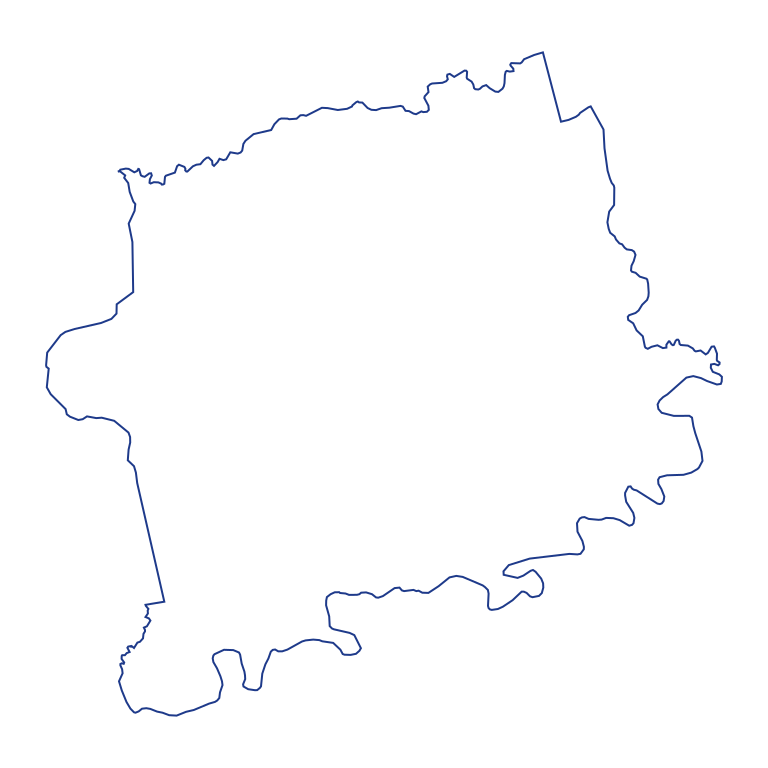 Pisaflores, Hidalgo, Mexico (orthographic projection)
{"feature_id": "50627088B64688657513585", "entity_name": "Pisaflores", "entity_type": "district", "adm_level": 2, "iso_a3": "MEX", "parent_name": "Mexico", "parent_adm1": "Hidalgo", "projection": "orthographic", "projection_center": [-98.985, 21.231], "detail": "fine", "context": "isolated", "style": "outline", "palette": "blue", "viewbox_px": 768, "rotation_deg": 0, "n_neighbors": 0, "source": "geoboundaries", "source_scale": "gbopen_adm2", "svg_char_len": 6065}
<svg xmlns="http://www.w3.org/2000/svg" viewBox="0 0 768 768"><path d="M702.5,460.9L701.4,451.6L695.3,433.3L693.4,426.2L692.0,417.6L689.3,415.8L673.9,415.9L661.7,412.8L658.4,409.0L657.6,404.4L659.6,400.5L663.1,397.1L667.4,394.4L686.4,377.6L693.3,376.1L701.0,378.1L707.0,381.0L716.9,384.5L720.8,383.9L721.7,381.5L721.9,376.8L719.3,374.4L712.8,371.8L710.8,367.8L711.0,364.5L714.3,363.9L718.1,365.3L719.5,364.1L719.6,362.5L717.2,360.9L716.8,360.0L717.0,353.7L714.8,347.7L714.0,346.4L711.6,346.7L707.9,352.9L705.7,354.4L700.6,350.5L695.8,351.4L694.6,350.8L692.8,348.4L687.9,345.6L680.8,345.0L679.6,344.0L679.0,340.9L678.1,339.7L676.9,339.7L675.7,340.7L673.8,344.9L672.9,345.2L671.6,344.4L669.5,341.3L668.8,341.3L666.4,344.7L666.4,347.6L662.9,348.1L657.4,345.3L651.5,346.8L647.8,348.8L645.6,347.8L644.9,346.7L642.8,336.3L636.6,330.4L633.2,323.3L628.2,319.9L627.8,316.8L629.1,315.2L635.5,313.0L638.6,310.5L642.2,304.7L647.1,299.9L648.4,296.3L648.7,292.7L648.1,283.6L647.2,279.5L646.4,278.7L639.7,276.6L635.6,272.8L631.9,271.7L631.0,270.4L631.5,265.7L633.7,261.2L635.5,254.9L634.1,251.6L631.8,250.1L626.8,249.4L624.6,247.7L622.1,244.3L619.4,243.4L616.0,239.5L614.7,236.4L610.2,232.8L608.7,228.8L607.4,222.3L609.2,211.6L614.1,205.0L614.3,187.7L613.8,185.5L611.7,182.9L610.0,178.7L607.6,170.7L604.5,148.3L603.5,129.5L590.7,106.4L588.4,107.3L580.1,112.9L578.8,114.7L575.9,116.8L568.6,119.9L561.0,121.7L542.9,52.4L534.1,55.0L524.1,59.2L521.7,62.4L520.2,63.4L511.3,63.1L510.3,64.5L510.5,65.5L513.3,68.7L513.5,71.1L509.8,71.6L506.8,70.9L505.7,71.7L504.9,74.9L504.5,83.1L503.8,86.4L502.5,88.7L498.4,91.9L495.3,91.6L489.7,88.2L486.2,85.1L482.5,86.4L479.9,88.8L478.3,89.5L475.3,89.2L474.1,88.2L473.3,84.5L471.6,81.6L467.1,78.7L466.7,77.6L467.1,71.8L466.2,70.7L464.5,70.6L454.2,76.9L449.8,73.9L447.4,74.6L447.0,76.2L447.8,79.3L446.2,81.2L442.4,82.8L432.1,83.5L430.2,84.3L427.7,86.6L428.5,92.1L424.7,96.3L424.3,98.0L428.4,105.7L428.8,109.9L426.9,111.8L423.2,112.1L421.4,111.4L416.1,114.2L413.5,113.6L409.0,111.1L405.5,110.8L402.8,106.6L400.5,105.9L389.3,107.7L381.6,108.2L376.1,110.1L371.4,109.8L367.6,108.0L362.4,102.6L359.0,102.4L357.8,101.5L356.3,102.1L352.4,105.4L352.0,106.5L347.1,108.8L337.8,110.0L327.7,108.1L321.9,107.8L306.1,115.8L303.3,115.1L300.4,115.3L296.6,118.7L289.2,119.2L287.4,118.6L281.3,118.5L279.0,119.4L274.4,124.2L271.2,130.0L253.6,134.1L245.5,140.7L243.4,143.9L242.2,150.6L240.6,152.5L237.8,153.6L230.3,152.3L226.2,159.3L223.4,160.1L219.5,158.8L217.6,162.1L214.0,165.9L212.5,164.6L212.1,160.9L208.5,157.5L206.6,157.8L203.7,160.2L200.4,164.2L196.4,164.7L192.9,166.3L187.4,171.5L186.3,171.5L185.2,170.3L185.4,168.7L184.4,166.9L178.9,164.7L177.1,166.2L174.9,172.6L165.9,175.7L165.0,176.9L164.3,183.8L163.0,184.5L161.7,184.5L161.3,183.7L158.4,182.4L153.8,182.2L150.6,183.5L149.5,182.8L149.9,179.2L151.8,175.5L151.1,173.3L149.3,173.4L144.7,176.8L142.4,176.2L140.9,175.3L139.1,169.2L138.3,168.9L137.1,171.0L134.3,172.3L128.7,168.9L125.8,168.6L120.3,169.7L119.8,170.7L117.9,171.6L120.0,171.3L125.2,175.4L124.2,177.8L128.2,183.0L129.7,191.9L133.3,201.5L135.3,204.1L134.6,210.8L128.7,223.6L132.4,242.0L133.2,292.1L116.7,304.3L116.5,313.6L111.4,318.9L101.0,323.0L74.6,329.0L65.4,331.9L60.7,335.1L47.2,352.6L46.1,365.2L46.4,366.8L48.7,368.6L46.8,387.3L50.7,394.2L65.6,409.1L66.8,414.3L70.0,416.7L78.3,420.0L82.7,419.2L87.0,416.4L96.3,418.1L101.7,417.7L114.2,420.8L128.5,432.6L130.1,437.0L130.2,442.5L128.6,449.6L127.8,460.3L134.0,466.2L135.9,472.6L137.2,483.0L164.3,601.7L145.5,604.8L145.8,605.8L148.4,608.9L147.7,610.6L147.9,613.5L145.5,617.0L148.9,618.4L150.4,620.6L146.9,626.3L143.9,627.6L145.0,630.0L145.0,631.4L143.5,633.8L143.0,638.4L139.9,641.8L137.4,642.6L134.0,648.0L132.1,646.4L131.3,646.7L131.1,646.0L128.2,646.6L127.4,647.8L129.6,652.0L126.7,653.1L124.9,655.2L122.2,655.2L121.7,656.0L121.6,658.9L124.2,662.5L123.7,663.8L121.8,663.3L120.4,664.0L120.4,665.4L122.1,669.2L122.6,673.3L119.0,681.3L121.8,690.5L126.5,702.0L130.4,708.6L134.0,712.3L135.5,712.7L138.7,711.4L142.0,708.7L146.3,708.2L150.3,708.9L157.1,711.6L162.5,712.7L169.2,715.2L176.6,715.6L186.1,711.8L193.8,710.0L209.1,703.6L215.0,701.9L217.2,700.5L219.3,698.0L220.0,692.4L222.5,685.1L222.0,681.3L220.4,676.2L217.0,668.3L213.4,662.1L212.7,658.3L213.4,655.5L214.5,654.2L224.0,649.8L233.3,650.1L239.0,652.5L240.1,654.6L241.7,663.6L244.4,671.6L245.0,675.3L245.2,679.1L243.1,684.3L243.5,686.5L248.2,689.2L255.0,690.2L257.2,690.1L260.0,687.8L261.0,686.3L262.3,673.6L265.4,664.3L268.4,658.5L270.8,651.7L272.7,649.9L275.1,649.5L278.2,651.3L282.3,651.3L287.4,649.6L302.0,641.5L305.6,640.4L313.2,639.6L319.3,640.1L322.3,641.3L333.2,642.9L340.4,649.7L342.7,654.0L344.5,654.7L350.6,654.9L356.0,653.8L359.4,650.8L360.9,648.2L354.3,635.1L349.6,632.9L333.9,629.3L332.0,628.5L329.7,626.1L329.2,616.4L326.1,605.3L326.2,600.6L326.9,597.1L330.6,594.2L334.7,592.3L339.2,592.2L340.1,593.0L345.5,593.5L349.1,594.9L357.0,594.8L359.4,594.2L361.1,592.7L366.1,592.4L372.0,594.2L376.0,597.4L378.2,597.7L382.9,596.1L394.6,588.1L399.5,587.6L401.9,590.4L404.1,591.1L413.5,589.9L416.3,591.1L418.6,590.7L422.3,592.7L428.4,592.9L438.6,586.2L449.5,577.4L456.3,575.9L462.7,576.9L482.7,585.4L485.0,587.1L487.9,590.0L488.6,593.6L488.0,605.9L488.6,608.1L489.9,609.4L491.8,609.9L497.9,609.0L502.9,606.7L512.6,600.2L521.6,591.7L523.9,591.7L526.6,592.9L530.0,596.3L532.5,597.2L539.0,595.9L541.8,593.1L543.3,587.6L543.1,583.3L541.2,578.6L535.6,571.8L533.0,570.0L530.6,570.8L523.4,575.6L517.6,577.9L503.7,574.8L503.5,571.3L508.8,565.1L529.7,558.6L569.4,553.9L577.4,554.4L580.5,553.8L583.8,549.3L583.9,546.8L582.4,541.0L577.5,531.7L577.0,523.2L579.7,518.6L581.9,517.4L584.5,517.1L588.6,518.9L598.4,519.8L601.6,519.6L606.1,517.9L613.4,518.2L619.7,520.1L629.2,525.7L632.0,524.9L633.5,523.2L634.4,517.9L633.2,512.9L626.2,501.8L625.1,495.5L625.1,492.9L628.3,486.7L630.6,486.4L632.1,488.6L633.8,489.7L636.6,490.4L657.4,503.6L659.9,504.1L661.8,503.4L663.6,501.0L664.3,496.5L661.4,489.1L658.4,483.9L658.1,479.7L659.6,477.2L667.0,475.3L683.5,474.8L691.3,472.6L697.5,469.0L699.0,467.5L702.5,460.9Z" fill="none" stroke="#1e3a8a" stroke-width="2"/></svg>